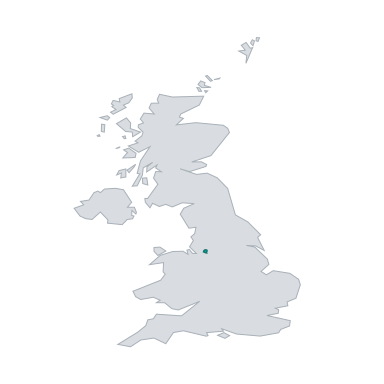 Trafford on a map of United Kingdom (Robinson projection), rotated 5°
{"feature_id": "GBR-5685", "entity_name": "Trafford", "entity_type": "Metropolitan Borough", "adm_level": 1, "iso_a3": "GBR", "parent_name": "United Kingdom", "parent_adm1": "", "projection": "robinson", "projection_center": [-2.382, 53.409], "detail": "fine", "context": "in_parent", "style": "filled", "palette": "teal", "viewbox_px": 384, "rotation_deg": 5, "n_neighbors": 0, "source": "natural_earth", "source_scale": "10m", "svg_char_len": 3953}
<svg xmlns="http://www.w3.org/2000/svg" viewBox="0 0 384 384"><g transform="rotate(5 192 192)"><path d="M209.2,300.2L188.6,310.7L182.2,310.0L174.4,304.7L166.2,305.4L169.7,302.6L162.6,300.2L150.3,303.6L145.0,301.2L141.8,296.0L168.5,282.6L172.5,276.1L170.2,274.1L169.8,264.8L156.0,268.1L165.9,257.9L177.9,253.0L188.2,251.8L193.5,254.4L192.0,250.4L194.3,249.4L197.8,253.1L201.7,252.9L194.3,246.8L197.6,240.2L194.8,236.8L198.3,233.3L199.0,226.8L192.1,228.3L182.2,215.1L185.2,208.9L195.2,203.4L183.2,203.6L173.7,208.6L166.9,206.6L160.7,209.3L153.7,206.7L151.5,211.4L146.4,206.3L145.6,202.5L148.3,202.4L157.3,187.3L152.5,181.5L154.1,174.8L159.7,174.5L153.7,171.2L154.8,168.1L145.1,176.0L145.0,170.8L150.3,165.9L141.3,172.2L141.1,179.5L136.9,190.6L132.0,191.4L138.4,178.5L135.7,178.2L138.0,165.4L146.2,150.5L135.4,157.1L124.6,151.7L133.9,147.7L130.9,146.3L137.2,140.4L138.0,136.6L132.8,132.3L132.7,129.7L137.7,127.4L134.1,123.8L137.3,117.6L147.6,117.6L141.9,112.1L143.7,107.1L151.1,106.4L149.3,102.9L151.1,97.5L164.2,99.1L195.3,95.5L191.7,104.7L174.0,115.3L172.9,118.5L177.0,119.4L170.6,126.5L189.7,122.6L217.4,122.8L222.1,125.5L224.1,129.5L207.7,154.1L189.1,162.1L198.8,161.1L204.2,163.4L203.7,165.3L187.8,171.9L178.0,169.9L195.0,174.1L205.4,171.9L215.8,175.6L227.2,185.3L237.2,211.0L250.3,217.0L264.1,228.6L261.3,231.5L269.0,243.9L259.9,240.1L250.8,240.5L259.4,241.4L272.8,252.2L274.9,257.4L267.7,265.1L273.3,268.0L279.8,263.3L296.6,264.5L305.8,269.7L308.0,275.0L304.8,288.8L296.3,293.2L297.4,297.0L285.1,300.5L288.6,301.7L288.5,305.3L277.4,308.5L301.1,311.6L300.8,317.0L292.4,321.1L290.5,324.7L272.5,329.6L248.7,329.6L233.5,325.6L235.5,327.9L218.8,330.8L220.5,333.7L218.7,334.4L195.6,331.0L185.8,333.6L179.1,345.4L166.8,340.8L153.9,343.9L144.3,351.5L131.4,350.3L150.0,336.5L157.6,329.2L159.1,323.2L164.5,321.7L167.2,316.8L192.4,316.3L209.2,300.2ZM125.3,230.6L110.5,230.4L110.7,227.2L102.5,219.9L94.8,228.1L88.2,227.8L82.5,225.7L76.0,218.5L85.2,214.2L81.7,211.1L90.1,209.0L94.4,201.2L98.1,199.3L100.8,200.6L104.5,196.7L115.5,195.0L123.5,195.7L132.8,207.5L129.0,212.8L135.9,212.2L138.4,217.1L138.0,218.8L133.7,215.6L134.0,220.6L136.3,221.0L135.1,223.9L129.9,225.0L125.3,230.6ZM124.3,103.5L121.3,108.6L116.1,111.4L119.0,113.5L106.7,121.4L103.9,119.6L109.1,116.4L104.7,114.0L106.3,112.6L104.0,111.3L105.5,107.6L112.3,108.6L111.3,105.3L123.6,99.4L124.3,103.5ZM124.9,128.6L125.0,134.2L135.5,136.8L128.1,142.1L127.2,137.5L120.6,137.5L110.8,130.5L120.2,123.9L124.9,128.6ZM232.9,38.3L237.5,43.7L239.8,42.9L234.5,59.1L234.6,51.2L226.3,47.5L232.7,46.1L228.3,41.5L232.9,38.3ZM132.4,162.6L120.1,164.1L124.3,158.3L120.2,156.0L125.2,153.8L132.9,158.3L132.4,162.6ZM164.9,249.7L171.1,253.1L163.5,258.2L159.3,254.4L159.0,250.6L164.9,249.7ZM124.1,174.8L124.8,182.8L119.8,184.2L120.0,179.2L115.5,181.6L117.5,177.0L124.1,174.8ZM195.4,81.9L195.0,84.7L201.9,86.1L192.8,87.2L188.6,84.3L191.0,80.6L195.4,81.9ZM147.4,188.9L142.2,187.9L141.4,182.5L145.7,181.8L147.4,188.9ZM242.0,331.8L237.6,334.9L230.0,332.5L236.0,329.3L242.0,331.8ZM127.6,178.2L125.4,175.9L133.5,169.3L131.8,172.6L127.6,178.2ZM101.0,123.4L103.5,125.1L101.4,127.8L93.9,125.8L101.0,123.4ZM99.4,140.0L96.4,139.6L96.0,132.3L99.3,132.5L99.4,140.0ZM240.0,41.0L237.3,38.4L238.8,35.1L241.1,36.1L240.0,41.0ZM202.6,79.3L200.7,80.1L195.4,75.3L197.1,74.6L202.6,79.3ZM192.8,90.8L190.2,91.2L187.7,87.5L190.4,87.6L192.8,90.8ZM245.8,32.5L244.7,36.2L242.6,35.8L242.7,32.6L245.8,32.5ZM209.3,76.9L204.1,78.1L209.8,76.1L209.3,76.9ZM121.4,144.5L119.9,144.8L118.0,142.9L120.5,141.9L121.4,144.5ZM198.8,89.9L197.1,91.9L195.7,90.0L198.8,89.9ZM115.4,154.4L112.2,155.3L116.5,153.2L115.4,154.4ZM95.5,144.4L93.4,144.8L92.6,144.2L94.6,142.9L95.5,144.4Z" fill="#d9dde1" stroke="#a8b0b8" stroke-width="1"/><path d="M210.7,248.4L211.8,248.6L212.2,249.4L211.9,250.0L211.6,250.6L211.9,251.4L210.8,251.3L210.1,251.0L209.3,250.8L208.7,250.6L208.9,250.0L208.9,249.6L209.8,248.6L210.7,248.4Z" fill="#14b8a6" stroke="#0f766e" stroke-width="1.5"/></g></svg>